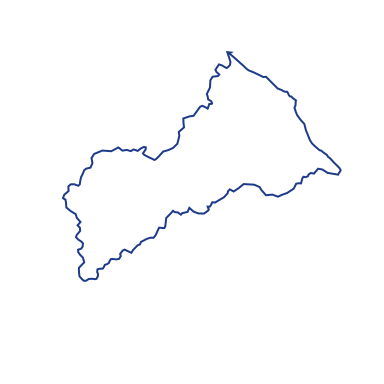 Ansina, Tacuarembó, Uruguay, rotated 41°
{"feature_id": "84410073B28214065612775", "entity_name": "Ansina", "entity_type": "district", "adm_level": 2, "iso_a3": "URY", "parent_name": "Uruguay", "parent_adm1": "Tacuarembó", "projection": "natural_earth1", "projection_center": [-55.347, -31.995], "detail": "fine", "context": "isolated", "style": "outline", "palette": "blue", "viewbox_px": 384, "rotation_deg": 41, "n_neighbors": 0, "source": "geoboundaries", "source_scale": "gbopen_adm2", "svg_char_len": 4605}
<svg xmlns="http://www.w3.org/2000/svg" viewBox="0 0 384 384"><g transform="rotate(41 192 192)"><path d="M126.9,63.3L131.3,65.9L135.7,68.6L137.3,71.2L137.3,73.5L136.9,75.7L135.3,76.1L131.6,76.8L128.7,78.0L129.0,80.9L129.5,84.4L131.9,85.4L135.5,85.4L135.5,87.5L131.9,91.5L132.6,95.7L137.0,101.3L138.9,108.3L141.1,109.6L143.5,111.5L146.8,110.9L148.8,111.7L149.1,112.5L147.3,114.3L148.1,116.2L148.8,117.8L149.1,118.8L146.6,119.2L143.2,120.2L142.2,122.4L143.2,133.4L140.5,136.6L137.2,142.2L140.5,145.7L143.6,148.5L142.6,155.3L145.6,157.9L149.3,165.2L148.8,171.2L146.7,175.8L143.7,180.4L143.6,186.8L143.3,190.5L142.7,192.4L136.6,194.1L131.7,195.3L129.7,195.1L129.4,193.1L129.1,190.3L127.8,188.6L126.1,189.6L124.8,192.7L124.0,196.7L122.4,197.2L119.9,198.3L119.1,201.2L117.9,201.8L115.2,203.0L112.4,206.4L107.2,206.7L104.3,214.2L97.2,219.5L93.2,227.4L93.9,232.3L97.9,235.5L99.4,240.2L96.8,243.8L96.4,246.4L97.6,249.8L98.6,253.7L100.3,256.8L102.3,259.9L102.1,261.9L97.9,263.5L95.5,265.7L95.0,268.8L98.2,272.3L97.4,277.9L98.7,281.3L101.6,280.8L104.4,283.2L107.3,286.1L113.0,286.0L118.7,285.0L122.1,287.1L127.5,287.8L127.5,292.2L130.8,292.5L133.1,294.7L133.2,300.1L134.2,302.3L135.9,302.4L137.8,302.5L141.1,302.0L143.4,302.3L145.3,305.1L145.5,307.5L143.9,310.3L145.7,312.1L148.8,312.8L152.8,313.1L156.8,315.8L156.4,323.2L157.6,324.9L160.0,327.3L162.5,329.5L165.9,329.9L168.5,330.0L170.2,328.6L171.2,325.3L173.8,322.8L175.8,321.6L176.9,320.1L176.1,317.1L174.9,315.5L172.9,314.6L171.4,312.4L172.5,310.7L174.9,308.4L174.7,306.4L174.0,304.2L175.3,302.1L175.8,299.8L175.1,298.3L174.8,295.9L176.2,294.5L179.0,292.6L180.8,290.4L180.3,287.1L178.4,285.9L178.1,281.8L178.9,279.7L186.1,277.7L185.6,274.4L185.9,268.0L187.1,265.7L186.2,263.2L188.8,256.7L190.6,253.8L193.0,251.8L192.9,248.5L191.2,242.8L190.6,240.5L194.8,237.4L194.2,235.2L189.6,228.5L190.0,222.1L190.0,218.6L192.2,218.5L194.7,216.7L198.5,216.4L198.5,214.3L199.7,212.8L201.7,209.9L200.4,205.7L206.2,205.8L211.0,203.9L215.2,200.4L216.3,196.0L216.2,194.2L214.1,193.2L213.4,192.7L215.0,191.5L215.0,190.1L214.0,186.4L216.3,184.9L217.9,180.0L219.6,174.8L219.7,169.6L218.7,167.8L218.8,165.2L223.1,164.3L224.6,158.8L225.8,152.1L234.1,145.7L239.7,143.9L243.2,145.0L250.0,145.9L254.3,141.3L260.0,139.1L261.6,135.4L264.5,130.2L266.6,122.7L265.2,117.5L266.3,115.9L268.6,114.0L267.5,111.7L266.3,109.2L266.1,107.4L268.2,106.1L269.1,104.1L268.5,102.3L269.2,99.7L272.0,98.1L271.9,91.7L275.6,89.5L281.8,88.6L290.8,83.1L290.7,82.9L290.7,82.4L290.5,81.6L290.5,81.2L290.4,80.6L290.3,79.9L290.2,79.1L290.1,78.6L290.1,78.3L290.0,78.2L289.9,78.1L289.7,78.0L289.4,77.9L289.0,77.6L288.7,77.5L288.4,77.4L287.9,77.3L287.5,77.2L287.3,77.1L287.2,77.1L286.9,77.1L286.6,77.1L286.2,77.1L285.4,77.0L284.4,76.9L283.6,76.9L282.9,76.8L282.1,76.8L281.4,76.7L280.7,76.7L280.0,76.6L279.3,76.6L278.5,76.5L277.8,76.4L277.0,76.3L276.3,76.2L275.7,76.2L275.3,76.1L274.9,76.1L274.5,76.0L274.2,76.0L273.9,76.0L273.7,76.0L273.4,76.0L272.8,76.1L272.6,76.1L272.2,76.2L271.8,76.2L271.7,76.2L271.4,76.1L271.1,76.0L270.8,75.9L270.4,75.8L270.0,75.7L269.8,75.6L269.6,75.6L269.2,75.6L268.5,75.6L268.1,75.7L267.8,75.7L267.5,75.7L267.3,75.8L267.0,75.8L266.7,75.8L266.4,75.9L266.0,75.9L265.7,75.9L265.3,76.0L265.1,76.0L264.7,76.0L264.3,76.0L264.0,76.0L263.7,76.0L263.3,76.0L262.9,76.0L262.6,76.0L262.4,76.0L262.1,76.1L261.9,76.2L261.8,76.3L261.6,76.5L261.4,76.5L261.1,76.7L260.5,76.8L260.2,76.8L259.6,76.8L258.7,76.8L257.8,76.8L257.0,76.8L256.2,76.8L255.7,76.8L254.9,76.8L254.4,76.8L254.0,76.8L253.4,76.7L252.7,76.7L251.8,76.7L251.2,76.6L250.8,76.6L250.5,76.5L249.7,76.3L249.1,76.1L248.2,75.9L247.7,75.7L247.4,75.6L247.0,75.5L246.8,75.4L246.2,75.1L245.4,74.7L244.5,74.2L243.7,73.8L242.9,73.4L242.1,73.0L241.2,72.5L240.4,72.1L239.3,71.6L238.6,71.2L237.4,70.6L236.1,69.7L235.1,69.0L234.8,68.7L234.2,68.4L233.7,68.0L232.4,67.2L232.1,67.0L231.9,66.9L231.7,66.9L230.9,66.8L230.0,66.7L229.1,66.6L228.7,66.6L228.1,66.5L227.4,66.4L226.8,66.3L226.3,66.2L225.0,66.0L224.7,65.9L224.3,65.8L223.7,65.6L223.1,65.5L222.9,65.4L222.6,65.3L222.2,65.3L221.7,65.2L221.3,65.1L221.1,65.0L220.6,64.9L218.6,63.8L218.0,63.5L217.5,63.3L217.3,63.1L216.9,62.9L216.2,62.4L214.7,61.6L214.3,61.3L214.1,61.2L213.9,60.5L213.7,60.2L213.4,58.9L210.4,55.0L210.3,54.9L210.3,54.7L206.7,55.0L204.3,54.8L203.1,55.6L202.3,55.5L201.4,55.3L200.1,54.6L198.8,54.1L197.9,54.0L196.7,55.1L195.8,55.5L195.1,55.8L194.3,56.0L192.4,56.3L190.8,57.0L189.7,57.2L188.9,57.7L172.3,56.5L170.3,58.5L164.5,60.0L159.6,61.4L155.0,63.0L153.4,63.2L150.6,63.2L148.0,63.0L145.0,63.0L139.2,62.9L129.3,62.9L129.8,61.3L126.9,63.3Z" fill="none" stroke="#1e3a8a" stroke-width="2"/></g></svg>